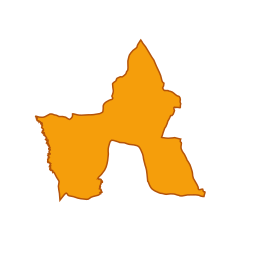 the district of Kamchay Mear, Prey Vêng, Cambodia, rotated 196°
{"feature_id": "14789045B61124482761817", "entity_name": "Kamchay Mear", "entity_type": "district", "adm_level": 2, "iso_a3": "KHM", "parent_name": "Cambodia", "parent_adm1": "Prey Vêng", "projection": "robinson", "projection_center": [105.67, 11.575], "detail": "fine", "context": "isolated", "style": "filled", "palette": "amber", "viewbox_px": 256, "rotation_deg": 196, "n_neighbors": 0, "source": "geoboundaries", "source_scale": "gbopen_adm2", "svg_char_len": 5810}
<svg xmlns="http://www.w3.org/2000/svg" viewBox="0 0 256 256"><g transform="rotate(196 128 128)"><path d="M219.4,113.2L219.0,113.3L218.8,112.8L218.9,112.4L218.6,111.8L218.0,112.2L217.8,111.4L217.9,111.0L217.7,110.8L217.7,110.5L217.4,110.4L217.1,110.0L216.3,109.9L215.9,110.3L215.5,110.2L215.2,110.0L215.2,109.7L215.1,109.3L214.8,109.7L214.6,109.6L214.2,109.6L214.0,109.8L213.6,109.4L213.6,109.0L213.3,108.6L213.2,109.2L212.6,108.9L212.3,109.2L211.9,108.9L211.8,108.7L212.3,108.3L211.6,107.1L211.3,107.3L211.1,107.2L211.0,106.8L211.4,106.6L211.0,105.3L211.1,104.6L210.4,104.3L210.1,104.0L209.6,103.9L209.2,103.7L209.0,103.4L209.0,103.0L208.7,102.8L208.6,102.1L208.7,101.7L208.9,101.4L209.1,101.8L209.4,101.7L209.4,100.4L209.1,100.6L208.9,100.2L208.9,99.9L208.7,99.6L208.3,99.7L208.0,100.1L207.3,100.3L207.1,99.7L207.4,99.8L207.5,99.0L206.5,99.0L206.4,98.6L206.7,98.3L206.7,97.9L206.2,97.9L205.8,97.8L205.2,97.5L205.1,97.0L203.9,96.6L203.2,95.3L203.8,95.1L204.1,94.2L203.6,94.1L202.8,94.4L202.9,93.9L202.8,93.5L202.1,93.1L201.8,93.3L201.4,93.8L201.1,92.6L201.4,92.2L201.9,92.6L202.2,91.5L202.2,91.2L201.8,91.3L201.4,91.3L201.6,90.9L201.1,90.4L200.8,90.4L200.8,90.8L200.5,91.1L200.2,90.9L199.5,89.9L200.0,89.4L199.7,89.0L199.3,88.8L199.2,89.3L198.8,89.3L198.7,88.9L198.2,88.2L197.6,87.8L197.7,87.3L198.2,87.1L198.1,86.7L198.5,86.4L198.3,85.8L197.9,85.6L197.6,85.9L197.1,86.1L196.8,85.7L197.3,85.5L197.3,85.0L197.0,85.0L197.4,83.9L197.3,83.3L196.7,82.3L195.8,82.0L195.7,81.6L196.1,81.6L196.4,81.3L196.6,80.7L197.5,81.3L197.7,81.1L197.0,80.4L197.0,80.1L197.2,79.8L197.5,79.6L197.1,79.2L196.5,79.0L196.2,78.8L196.5,78.2L196.5,77.8L195.7,77.6L196.1,77.1L196.2,76.7L196.1,76.3L196.6,75.9L196.5,75.5L196.2,75.1L196.2,74.7L196.0,74.3L196.0,73.6L195.8,73.2L195.3,73.4L195.2,72.8L194.7,72.8L194.1,73.2L192.6,72.5L193.1,72.0L192.4,71.1L192.1,70.9L192.3,70.6L192.6,70.4L192.9,70.1L192.9,69.3L192.1,69.5L191.8,69.3L192.1,69.0L191.3,67.8L191.6,67.5L191.9,67.5L191.7,66.7L191.0,66.9L190.8,66.2L190.3,66.4L190.0,66.4L189.9,66.0L189.1,66.3L188.7,66.3L188.4,65.8L188.3,64.9L188.0,64.6L187.9,65.0L187.1,65.0L186.5,64.7L185.9,64.0L183.2,61.1L180.2,58.4L179.4,57.4L178.9,52.9L177.5,49.6L175.9,46.3L173.5,39.9L173.0,41.2L170.7,46.7L169.7,48.2L169.3,48.4L168.2,47.9L167.2,46.9L165.9,46.6L161.5,47.0L157.0,46.8L154.0,47.0L148.2,48.0L146.7,48.6L145.6,49.8L144.5,51.2L142.7,52.5L138.3,55.1L137.4,55.9L136.9,57.0L136.4,57.1L136.1,57.4L136.4,58.1L137.0,58.4L136.7,58.6L136.2,58.4L136.1,58.9L135.7,58.8L135.3,59.1L135.6,59.5L136.0,59.4L136.3,60.0L136.4,60.6L136.8,60.8L137.0,61.3L137.3,61.1L137.6,61.5L138.1,62.0L138.7,61.7L138.8,62.0L138.8,62.3L138.4,63.0L138.7,63.4L138.4,63.6L138.4,64.1L138.7,64.2L139.0,63.9L139.1,64.2L138.7,64.6L138.9,65.0L138.7,66.6L138.5,66.9L138.9,67.2L138.8,67.8L138.6,68.1L138.7,68.5L137.7,68.7L137.7,69.1L138.3,70.0L138.8,70.1L139.3,69.9L139.5,70.9L139.8,71.1L140.6,71.2L141.1,71.0L141.6,70.6L142.0,70.7L142.2,71.3L142.5,71.6L143.1,71.2L142.8,72.5L140.8,76.0L140.2,77.6L138.9,81.0L138.3,84.5L138.3,87.9L138.6,91.2L139.7,97.5L140.7,100.3L141.3,102.7L141.5,104.8L141.5,108.6L141.4,109.8L141.1,110.7L140.3,111.8L138.3,112.1L133.7,112.0L131.9,111.8L127.4,112.8L124.3,112.6L122.4,112.6L117.6,113.4L114.1,113.5L112.5,113.0L111.3,112.2L109.8,110.7L107.0,107.3L105.7,105.2L104.5,102.5L101.2,96.8L100.3,95.5L98.7,92.8L97.0,88.9L94.4,82.3L93.6,81.7L91.6,79.1L90.4,77.8L89.0,76.6L88.0,76.0L86.9,75.6L85.4,75.1L84.0,74.8L80.5,74.3L79.0,74.2L77.1,74.5L74.3,74.6L73.0,74.8L69.1,76.4L66.3,77.1L64.8,77.3L62.2,77.2L60.2,77.3L59.3,77.1L57.3,77.6L52.3,80.1L44.6,82.4L41.4,82.9L39.2,82.6L37.0,82.8L36.1,83.1L36.2,83.9L36.2,86.5L36.3,87.6L36.9,87.8L37.6,87.6L38.2,87.9L38.9,89.1L39.4,89.8L40.5,89.4L41.6,88.7L42.7,88.3L43.3,88.5L43.8,89.2L44.3,90.5L46.2,92.7L51.2,97.5L52.6,99.8L53.7,102.6L54.6,104.3L56.8,107.6L57.4,108.4L58.3,109.7L60.8,112.1L62.5,113.5L63.4,114.8L66.6,118.3L68.2,119.5L69.7,120.9L71.3,122.9L71.9,124.6L72.4,127.9L72.8,128.7L74.0,129.3L74.3,130.6L74.3,131.9L74.9,131.8L80.5,131.6L82.0,130.9L86.6,129.2L89.2,128.7L92.9,128.2L93.2,128.3L93.0,130.2L93.0,132.9L92.7,137.9L92.0,139.8L91.6,143.1L91.6,145.5L90.9,148.4L90.5,151.2L90.4,151.7L89.2,152.1L88.4,153.7L88.2,155.6L88.1,157.6L89.1,158.9L89.5,160.4L88.7,161.0L87.8,160.8L87.5,161.1L85.5,161.6L83.6,161.8L83.4,162.3L83.9,164.1L84.0,165.9L84.7,166.7L85.4,168.2L85.4,169.4L86.3,171.3L87.3,172.2L88.0,172.5L89.2,172.4L89.9,172.6L91.7,173.2L92.9,173.8L95.2,174.7L97.3,174.9L99.0,174.8L99.9,175.0L103.3,174.1L104.3,174.5L105.8,176.0L105.4,178.3L105.8,181.0L106.8,181.3L107.5,181.8L108.4,182.8L111.1,187.4L113.3,190.2L117.8,195.3L121.9,200.4L124.8,202.8L133.5,210.9L137.1,213.5L138.3,214.7L140.0,216.1L140.4,215.0L141.0,212.9L141.4,211.6L141.7,210.2L141.7,208.2L141.9,207.7L142.3,207.0L144.6,203.9L145.0,203.0L145.9,201.1L146.7,198.7L146.8,196.5L146.6,192.5L146.0,190.4L144.6,185.9L144.2,183.9L144.3,183.3L144.9,181.6L144.9,179.8L145.3,178.9L146.3,177.2L147.5,175.7L148.2,175.4L149.5,175.1L149.9,174.8L151.4,173.5L152.2,172.8L152.5,172.0L152.6,171.4L152.3,171.0L152.7,169.9L153.2,169.1L154.0,168.2L154.5,167.4L154.9,166.7L155.0,166.2L154.8,165.6L153.6,162.5L152.4,159.9L152.1,158.4L152.1,155.6L152.3,154.4L152.0,153.7L151.1,152.9L150.8,152.1L151.1,151.3L151.9,150.7L152.9,150.1L153.9,149.3L156.0,147.2L156.9,146.0L157.6,144.7L157.9,143.4L157.9,142.3L157.1,139.5L156.7,137.1L156.8,136.3L157.1,135.9L157.7,135.4L158.4,134.6L159.2,134.0L164.7,131.4L167.2,130.5L169.3,129.9L176.2,127.5L178.1,127.0L180.2,126.7L183.5,126.6L184.6,126.5L185.2,126.3L184.7,124.4L184.7,123.2L185.3,121.7L186.4,120.2L186.8,120.1L188.0,120.3L190.9,121.2L193.9,121.0L197.6,120.0L199.3,120.4L200.8,120.5L202.4,120.3L204.3,120.5L205.8,120.3L206.9,119.9L211.0,115.9L212.6,114.9L214.4,114.4L216.3,114.0L219.8,114.0L219.9,113.4L219.4,113.2Z" fill="#f59e0b" stroke="#b45309" stroke-width="1.5"/></g></svg>